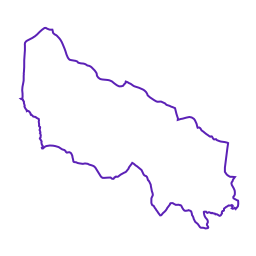 outline of Dairi, Sumatera Utara, Indonesia, rotated 176°
{"feature_id": "22746128B7455670127099", "entity_name": "Dairi", "entity_type": "district", "adm_level": 2, "iso_a3": "IDN", "parent_name": "Indonesia", "parent_adm1": "Sumatera Utara", "projection": "robinson", "projection_center": [98.276, 2.835], "detail": "fine", "context": "isolated", "style": "outline", "palette": "violet", "viewbox_px": 256, "rotation_deg": 176, "n_neighbors": 0, "source": "geoboundaries", "source_scale": "gbopen_adm2", "svg_char_len": 5640}
<svg xmlns="http://www.w3.org/2000/svg" viewBox="0 0 256 256"><g transform="rotate(176 128 128)"><path d="M24.8,71.6L27.2,72.0L29.5,72.2L30.3,72.7L30.9,73.1L31.4,73.4L31.7,73.8L32.7,74.6L34.4,77.5L34.1,81.7L30.2,101.3L29.3,105.3L29.2,106.0L30.2,106.5L32.4,107.2L36.3,108.0L37.6,108.5L40.0,109.6L40.4,109.9L41.0,110.7L42.7,110.6L43.3,110.8L44.1,112.0L44.8,113.6L45.0,113.7L45.7,113.9L46.6,113.6L47.7,114.4L47.9,114.5L48.6,115.2L50.2,116.4L52.5,118.5L52.7,118.8L54.8,120.5L55.7,122.4L56.1,122.9L57.1,123.6L58.5,123.4L58.8,124.4L59.3,127.4L60.7,131.1L61.6,132.5L62.9,133.5L63.8,134.1L66.0,134.7L69.0,134.3L72.9,133.5L74.8,133.3L77.8,132.6L77.7,133.2L77.5,134.1L78.0,135.9L78.7,138.8L79.7,144.5L82.2,145.8L83.3,146.2L85.0,147.2L88.0,148.4L89.4,150.0L92.5,151.7L93.1,152.0L93.7,152.1L96.6,152.1L97.8,152.5L99.9,153.9L103.9,157.0L106.1,159.2L106.5,160.7L107.4,162.5L108.6,163.9L109.5,164.7L110.5,165.4L114.3,167.4L118.6,169.1L119.5,169.6L122.3,171.9L123.9,172.7L125.2,173.7L127.0,174.5L127.1,174.3L127.5,172.8L128.1,172.4L128.6,172.1L129.9,170.5L131.6,170.1L133.5,170.1L134.4,170.4L136.2,171.5L138.7,173.6L140.9,175.7L141.3,175.9L143.1,176.8L144.4,177.2L146.0,177.5L150.2,178.2L152.0,178.7L152.7,179.1L154.1,180.3L154.6,181.1L155.2,182.1L155.4,183.1L155.4,184.2L155.8,185.4L157.2,187.7L160.1,191.1L161.0,191.9L162.4,192.7L164.2,193.2L165.3,194.1L166.6,194.9L168.1,195.4L170.6,195.8L173.1,196.6L173.9,197.8L174.5,198.1L175.5,198.6L180.0,199.7L181.5,200.2L182.3,201.1L183.1,202.4L184.2,205.5L185.0,208.9L185.7,211.4L187.3,216.2L188.2,218.6L189.3,220.8L190.3,222.3L192.4,224.9L193.0,225.5L194.6,226.5L195.9,227.8L196.2,228.6L196.3,229.9L196.6,231.4L199.4,231.6L201.7,232.7L203.0,233.6L204.3,233.6L206.9,232.0L209.6,229.9L212.2,227.6L215.0,225.6L215.7,225.4L216.7,224.7L222.5,222.2L223.8,221.4L224.8,220.1L225.1,218.6L225.1,217.3L225.4,212.9L226.8,202.8L227.3,196.0L227.9,191.3L228.2,189.7L228.2,188.5L228.4,187.6L228.6,184.8L228.8,182.5L229.4,180.1L230.4,176.4L230.8,173.8L230.9,172.9L230.8,169.8L231.0,166.2L231.5,164.7L232.8,164.6L232.4,164.2L231.4,164.2L231.0,164.0L230.8,163.5L230.8,162.7L230.0,161.8L230.1,161.1L230.0,160.5L230.1,160.0L229.8,158.9L229.5,157.4L229.8,156.9L229.8,156.5L229.7,156.2L229.4,155.8L229.2,155.0L229.1,154.9L228.9,154.4L228.1,153.4L228.0,152.8L227.6,152.6L227.7,152.2L227.7,151.9L227.1,152.1L226.2,151.9L225.8,151.7L225.4,151.1L225.0,150.8L224.9,150.4L224.6,150.1L224.5,149.7L224.1,149.2L224.2,148.6L224.0,147.9L223.9,147.8L223.4,147.8L222.8,147.4L221.7,146.0L221.1,145.9L220.6,145.7L219.6,145.5L218.8,144.9L218.7,144.6L216.4,143.2L216.3,141.5L216.5,140.9L216.6,140.5L216.4,138.0L216.6,136.3L216.4,135.7L215.8,135.3L215.6,134.9L215.9,133.3L216.4,132.2L215.9,131.1L215.9,130.6L215.7,130.0L215.7,129.7L216.2,129.0L215.7,128.0L215.5,126.7L215.7,126.3L215.8,124.9L216.6,124.0L216.7,123.5L216.3,123.0L215.9,122.6L215.8,121.7L215.1,120.8L215.1,120.4L215.4,119.5L215.2,117.9L214.8,116.8L214.3,116.1L214.3,115.8L214.5,115.6L214.8,114.4L215.3,114.2L215.1,113.6L214.3,113.5L212.5,114.9L211.6,115.4L210.5,115.7L207.2,116.0L204.0,115.6L201.7,115.0L198.5,113.8L195.2,111.3L193.1,110.5L192.6,110.1L191.9,109.3L191.6,108.5L190.7,107.7L190.4,107.7L189.6,107.9L188.0,107.9L187.0,107.2L186.5,106.7L185.9,105.3L185.4,103.7L185.5,103.2L185.0,100.5L184.8,98.4L184.5,98.0L183.8,97.7L182.1,97.4L180.7,96.6L178.9,96.1L175.7,95.4L175.1,95.4L173.8,95.6L173.2,95.6L170.7,95.1L169.6,94.4L168.8,94.0L166.8,93.3L164.9,92.4L163.9,91.4L163.3,90.7L158.4,81.4L157.0,80.1L155.4,79.9L151.2,79.9L148.8,79.8L147.6,78.6L146.4,78.3L145.9,78.4L144.8,79.8L144.1,79.8L143.5,80.4L143.2,80.4L142.6,80.1L141.6,80.1L141.3,80.2L138.6,82.0L134.9,83.7L133.7,84.1L132.9,84.6L130.5,87.2L130.2,87.5L129.9,88.5L128.1,90.6L127.2,91.6L126.2,92.9L125.0,92.1L123.9,91.1L123.2,90.3L121.7,89.2L117.5,85.2L117.3,84.8L115.6,80.4L115.1,79.8L114.5,79.3L113.2,78.7L112.5,77.8L112.1,76.5L111.8,74.9L111.6,74.5L111.1,74.1L111.0,73.7L110.7,73.5L109.3,69.9L109.2,68.0L109.2,67.6L109.1,67.4L108.6,63.3L108.1,61.5L107.9,60.0L108.0,59.1L109.3,56.8L109.6,56.0L109.9,52.0L109.8,51.0L109.2,49.4L109.0,49.2L108.0,48.7L107.7,48.3L106.8,46.4L106.1,45.4L105.4,44.0L104.5,42.7L103.9,41.5L102.0,38.6L101.2,38.6L100.7,38.9L99.0,40.7L97.4,41.9L96.1,43.1L94.7,44.9L94.5,45.4L93.5,46.5L91.5,48.8L91.2,49.7L90.7,50.0L89.0,50.0L88.4,49.8L87.5,49.1L85.7,48.0L82.7,47.9L81.6,47.4L81.1,47.4L80.6,47.1L80.0,46.2L79.6,45.0L78.5,42.9L77.5,41.7L76.7,41.4L75.3,41.4L73.7,41.6L73.4,41.8L71.9,41.2L70.8,40.4L70.3,38.2L70.2,36.7L69.5,35.5L69.0,34.1L68.8,32.8L67.5,29.7L65.1,27.4L63.1,24.1L62.5,23.6L62.1,23.4L59.6,23.2L57.7,22.4L55.9,22.5L55.2,22.7L54.9,23.2L55.0,23.9L56.0,25.7L55.9,26.0L56.0,26.6L55.0,28.2L54.9,29.1L54.9,29.6L55.3,31.0L57.0,33.3L57.7,34.9L58.0,36.2L58.2,37.8L58.2,39.0L57.9,39.2L56.0,39.1L55.4,38.2L54.8,37.8L54.5,37.8L53.9,38.2L53.3,38.3L52.6,38.2L51.0,37.2L50.7,37.2L50.2,37.5L49.6,37.3L49.3,37.0L47.2,36.5L47.0,36.3L46.9,35.8L46.7,35.7L45.8,35.8L45.5,35.8L44.8,35.4L43.3,34.3L42.7,34.0L42.0,34.2L41.5,34.5L40.6,35.8L40.4,36.1L40.2,36.2L40.3,37.3L40.1,37.8L39.5,38.6L38.8,38.6L38.3,38.8L38.0,39.2L37.9,40.7L37.6,41.1L36.2,41.9L35.8,42.3L34.4,42.9L33.1,43.7L31.3,43.5L30.4,43.7L30.0,43.2L29.7,43.3L29.5,43.7L29.2,43.5L28.9,43.1L28.9,42.7L29.5,42.2L29.4,42.0L29.5,41.0L29.7,40.7L29.9,40.6L29.4,40.2L29.0,40.4L28.1,40.2L27.6,40.4L27.1,40.9L26.5,40.4L26.4,40.1L26.2,39.8L25.9,40.3L25.6,40.4L25.1,40.8L23.8,42.3L23.3,44.6L23.2,47.3L23.3,47.9L24.4,48.4L27.2,50.2L27.6,50.5L27.8,51.0L27.8,51.5L27.7,52.0L26.7,53.1L26.1,54.2L25.9,56.0L25.9,57.4L26.0,58.3L26.3,59.2L26.9,60.8L28.4,63.9L28.7,65.6L28.4,66.5L27.4,67.7L27.0,68.8L26.6,69.5L24.8,71.6Z" fill="none" stroke="#5b21b6" stroke-width="2"/></g></svg>